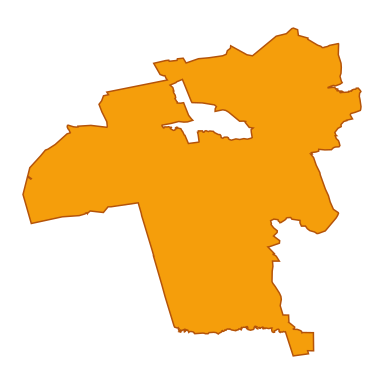 the district of Grobiņas pag., Grobinas, Latvia
{"feature_id": "27541924B17977825120630", "entity_name": "Grobiņas pag.", "entity_type": "district", "adm_level": 2, "iso_a3": "LVA", "parent_name": "Latvia", "parent_adm1": "Grobinas", "projection": "equal_earth", "projection_center": [21.191, 56.5], "detail": "fine", "context": "isolated", "style": "filled", "palette": "amber", "viewbox_px": 384, "rotation_deg": 0, "n_neighbors": 0, "source": "geoboundaries", "source_scale": "gbopen_adm2", "svg_char_len": 5942}
<svg xmlns="http://www.w3.org/2000/svg" viewBox="0 0 384 384"><path d="M31.3,223.5L62.3,216.8L79.3,215.6L84.1,214.2L85.9,213.5L85.7,213.1L87.0,212.7L87.5,213.6L87.7,213.1L90.2,211.0L103.4,212.5L108.1,206.8L110.9,206.8L138.2,202.8L141.2,213.2L141.7,215.7L152.1,250.1L153.8,256.1L153.5,256.1L162.1,285.7L165.0,296.3L173.9,325.5L174.6,327.1L177.3,328.0L178.0,327.7L178.0,328.1L178.8,328.4L179.1,328.9L178.5,329.7L179.3,330.4L179.0,330.7L179.1,331.2L179.5,331.5L179.2,331.7L180.7,332.1L181.0,331.1L181.0,330.8L180.5,330.7L180.7,330.1L181.8,330.7L182.1,330.3L184.8,329.2L185.4,329.4L184.1,329.8L184.2,331.1L184.5,331.3L184.5,331.8L185.2,331.4L184.9,330.6L187.8,330.2L188.8,332.4L189.6,331.6L191.1,331.5L193.1,331.9L194.3,332.8L194.3,333.4L194.8,333.7L202.4,333.1L204.1,333.2L205.3,333.7L208.1,333.7L209.1,332.6L213.7,332.3L216.0,332.6L218.3,334.0L219.4,333.0L221.1,332.3L221.9,330.9L222.3,330.7L222.5,331.4L223.5,331.3L224.5,330.7L224.7,330.1L225.9,330.3L226.3,329.9L226.2,329.5L228.0,328.9L229.1,329.3L229.8,328.9L231.4,329.9L235.7,330.7L235.9,330.2L236.8,330.3L237.3,329.8L238.1,329.9L239.0,328.8L241.3,329.8L241.7,328.6L241.1,328.2L241.5,327.5L242.2,327.9L243.2,327.2L245.5,327.4L246.1,326.7L247.3,326.6L247.6,327.1L247.1,327.4L246.6,328.3L246.7,328.6L247.8,328.4L247.9,329.5L250.5,330.2L253.3,329.5L254.0,328.8L254.2,327.3L255.0,326.3L255.5,326.3L256.5,326.6L255.6,327.2L255.7,327.5L257.3,328.8L257.7,328.8L257.5,328.2L258.9,327.6L259.3,327.5L259.6,328.2L260.3,328.3L260.5,327.8L262.8,327.1L263.4,327.5L262.8,328.3L263.1,328.8L264.0,328.7L264.8,328.2L265.2,328.5L265.8,328.0L268.8,328.6L271.1,328.0L271.9,328.1L271.5,328.6L271.8,330.6L272.2,331.7L273.3,332.4L274.5,332.2L274.4,330.8L275.6,330.5L277.0,329.4L278.5,329.2L279.0,329.6L279.1,331.5L279.4,331.8L279.6,331.5L279.9,331.7L279.9,332.1L280.2,332.4L280.6,331.9L282.3,332.1L283.6,331.5L284.2,331.9L285.4,331.7L293.2,355.9L308.5,353.8L307.6,350.7L313.6,350.8L313.4,332.7L302.3,332.5L302.0,332.8L301.4,331.2L300.0,330.4L297.4,329.4L293.6,329.3L293.3,329.0L294.4,328.2L294.7,327.1L288.6,322.2L288.9,321.9L288.6,315.1L283.0,315.0L280.2,305.7L281.3,299.5L280.9,296.4L279.4,293.1L275.2,286.5L272.8,283.3L272.0,281.6L272.2,271.4L272.9,266.3L272.5,261.1L279.3,261.1L276.3,256.3L275.0,255.2L273.1,254.5L273.1,254.2L274.3,253.6L267.9,246.9L270.0,246.5L279.4,243.2L279.7,240.7L273.5,236.0L277.1,232.5L277.3,230.8L273.7,227.9L271.1,224.6L271.4,223.6L270.6,220.7L273.9,219.1L278.0,219.7L278.3,220.9L279.9,222.2L279.9,222.7L280.8,222.6L284.9,220.0L286.0,219.0L286.3,218.2L287.3,217.7L290.7,217.5L291.9,219.2L300.0,220.4L300.0,222.9L301.4,226.1L305.5,226.1L307.3,228.7L309.8,230.6L314.6,232.0L317.0,233.6L318.5,233.4L325.3,230.9L336.1,218.0L337.6,215.5L338.5,213.3L338.2,212.6L333.4,209.3L330.2,202.0L328.4,195.6L325.4,189.2L324.0,185.3L320.3,175.0L319.8,172.5L316.2,165.2L313.6,157.6L310.6,154.0L312.2,154.0L311.4,152.6L315.9,152.0L318.7,151.1L318.7,149.3L324.9,149.9L331.4,149.7L333.5,147.7L335.5,147.0L339.0,146.8L339.9,145.6L339.2,142.7L338.4,140.6L336.3,138.6L335.2,135.7L336.5,135.6L336.0,135.2L334.8,132.5L338.0,128.3L341.2,126.6L341.0,124.5L343.8,121.5L346.8,120.6L346.6,120.2L352.5,118.9L350.4,115.3L350.3,114.4L351.0,113.5L355.0,112.4L360.3,110.4L360.7,109.3L361.0,106.7L360.0,99.7L359.3,96.4L359.6,93.2L360.9,91.6L360.4,90.6L358.2,88.1L356.2,88.2L356.0,88.9L355.4,89.3L354.2,89.2L352.2,89.9L351.5,90.5L351.8,90.7L351.3,91.2L350.7,90.9L348.9,91.8L348.9,91.3L348.6,91.3L348.1,92.1L343.8,92.4L342.7,91.6L342.0,91.7L342.5,92.4L340.3,92.7L340.2,92.6L340.4,92.3L340.1,92.2L340.3,91.8L340.1,91.6L340.7,91.1L339.1,91.1L338.7,90.7L337.2,90.8L337.0,90.3L337.8,89.2L336.8,88.8L335.7,88.9L334.8,87.4L332.1,87.4L328.2,87.9L328.1,87.4L331.4,86.0L333.4,85.4L335.3,85.8L336.1,85.6L340.0,84.2L342.2,82.7L341.3,81.1L340.0,76.3L341.0,73.3L341.3,67.4L341.0,63.2L338.3,54.7L338.6,43.9L338.3,43.6L329.5,45.4L327.5,46.5L324.3,47.2L324.1,47.5L322.3,47.6L320.8,46.3L317.7,45.2L307.9,39.4L307.8,39.2L308.0,38.1L298.4,35.4L297.6,29.7L293.4,28.1L291.8,28.6L286.3,33.7L276.2,36.2L252.5,55.8L247.0,54.8L230.7,45.8L230.4,48.3L227.4,50.6L226.2,54.3L222.6,55.8L208.7,57.8L198.5,58.7L186.1,63.0L183.2,58.2L177.4,58.8L177.0,60.4L169.2,61.3L168.8,60.2L165.9,60.5L153.7,63.3L160.1,74.5L163.6,75.8L164.9,75.7L166.0,78.2L167.3,80.0L106.8,92.1L108.5,94.7L103.5,95.8L101.6,100.9L99.0,104.3L101.9,111.9L106.8,121.7L107.3,126.3L106.9,127.3L90.9,125.4L78.0,126.2L78.2,126.8L76.4,127.1L73.5,126.8L68.2,125.2L67.5,125.4L67.2,126.9L68.0,128.8L69.0,130.0L70.1,132.3L69.9,132.3L70.0,133.0L67.1,133.8L55.2,144.5L47.9,149.2L45.4,150.1L40.5,156.0L29.8,167.7L27.7,176.1L31.3,178.6L30.8,179.1L27.5,176.7L23.0,194.5L31.3,223.5ZM215.1,111.4L222.8,109.8L225.7,110.4L228.6,112.1L239.6,121.2L243.7,121.1L245.7,121.5L245.2,122.4L249.2,127.4L253.1,128.0L251.1,129.7L251.3,132.2L252.2,137.5L251.3,138.1L247.4,139.2L243.9,138.6L239.7,139.5L235.9,138.9L231.3,140.2L229.2,139.4L228.5,138.5L228.4,137.8L227.1,137.1L224.2,137.2L223.3,138.0L222.1,138.4L222.5,138.1L221.2,137.6L220.9,135.7L220.0,134.6L218.3,134.5L214.3,132.5L213.5,131.4L209.8,131.0L208.3,131.6L206.0,130.7L204.8,131.1L204.2,132.0L203.7,132.3L203.0,132.1L202.5,130.9L198.4,130.9L198.5,131.9L197.5,132.2L198.1,134.4L199.1,141.8L198.4,142.2L188.4,143.5L184.9,135.3L184.3,135.1L182.4,131.1L182.0,131.0L180.8,128.7L177.4,128.0L177.5,127.4L176.5,127.2L175.8,127.7L176.3,128.1L176.5,128.6L175.1,129.2L175.0,129.9L174.6,130.2L173.3,130.4L170.4,128.6L170.3,128.0L171.4,127.5L171.3,127.3L170.1,127.3L168.6,126.7L167.2,127.0L165.0,126.9L164.0,127.1L163.9,127.9L163.4,127.9L161.9,125.8L162.1,125.1L171.3,123.4L178.7,121.5L183.9,122.1L187.6,121.9L192.8,120.3L191.2,118.7L188.6,115.3L183.6,102.7L180.6,103.2L177.2,103.0L177.2,101.8L176.8,101.6L174.9,98.5L175.7,97.8L175.2,95.3L173.6,92.6L173.3,90.9L173.8,90.9L172.8,87.5L170.0,85.1L176.0,82.6L176.5,81.9L182.4,79.4L191.3,101.4L192.0,102.6L202.3,102.9L214.5,104.9L216.4,106.6L215.2,108.7L215.1,111.4Z" fill="#f59e0b" stroke="#b45309" stroke-width="1.5"/></svg>